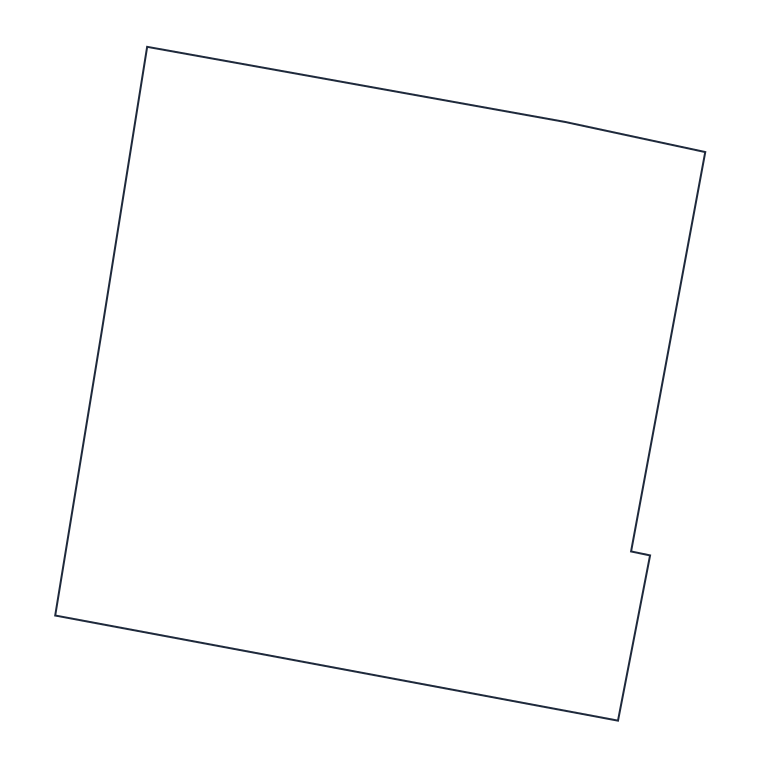 outline of Daviess, Missouri, United States of America, rotated 190°
{"feature_id": "52423323B47174682011417", "entity_name": "Daviess", "entity_type": "district", "adm_level": 2, "iso_a3": "USA", "parent_name": "United States of America", "parent_adm1": "Missouri", "projection": "orthographic", "projection_center": [-94.049, 39.961], "detail": "fine", "context": "isolated", "style": "outline", "palette": "slate", "viewbox_px": 768, "rotation_deg": 190, "n_neighbors": 0, "source": "geoboundaries", "source_scale": "gbopen_adm2", "svg_char_len": 268}
<svg xmlns="http://www.w3.org/2000/svg" viewBox="0 0 768 768"><g transform="rotate(190 384 384)"><path d="M95.1,93.1L92.2,261.4L111.6,262.0L107.9,668.2L251.0,673.5L675.8,674.9L671.1,385.6L667.6,98.9L95.1,93.1Z" fill="none" stroke="#1e293b" stroke-width="2"/></g></svg>